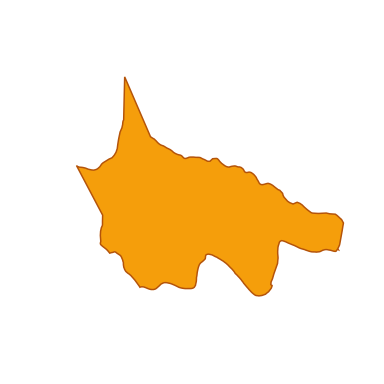 Anbre, Micoud, Saint Lucia, rotated 324°
{"feature_id": "8701671B63359836488901", "entity_name": "Anbre", "entity_type": "district", "adm_level": 2, "iso_a3": "LCA", "parent_name": "Saint Lucia", "parent_adm1": "Micoud", "projection": "equal_earth", "projection_center": [-60.927, 13.828], "detail": "fine", "context": "isolated", "style": "filled", "palette": "amber", "viewbox_px": 384, "rotation_deg": 324, "n_neighbors": 0, "source": "geoboundaries", "source_scale": "gbopen_adm2", "svg_char_len": 5604}
<svg xmlns="http://www.w3.org/2000/svg" viewBox="0 0 384 384"><g transform="rotate(324 192 192)"><path d="M195.3,317.7L198.0,316.9L199.6,316.4L200.5,315.8L201.6,315.0L201.8,314.8L201.8,314.5L201.5,314.2L201.4,313.1L202.0,312.6L202.1,312.4L203.2,311.2L206.1,309.5L210.2,306.3L219.2,300.1L220.9,298.1L222.8,296.0L223.7,294.6L225.0,292.4L226.2,290.7L226.3,290.5L227.5,289.1L228.8,287.5L230.1,286.3L231.4,285.4L232.4,284.6L233.2,284.0L234.2,283.7L234.9,283.8L235.9,284.0L236.8,284.9L237.4,285.7L238.5,287.3L239.8,289.7L241.2,292.0L242.3,293.8L243.4,295.5L244.9,298.3L245.8,300.1L246.8,301.7L248.3,303.6L249.4,305.0L249.9,305.9L250.7,307.0L251.0,307.4L251.9,308.7L252.8,309.8L253.7,310.8L254.7,311.6L255.9,312.5L257.4,313.8L258.5,314.4L259.9,315.2L260.7,315.5L261.8,315.7L262.5,315.8L263.6,316.0L264.4,316.3L265.7,316.8L266.8,317.5L267.6,318.2L268.6,319.3L269.6,320.3L270.5,321.4L271.4,322.6L272.0,323.3L272.9,324.2L273.5,324.5L274.0,324.5L274.9,324.2L276.0,323.8L276.5,324.7L276.6,324.0L276.6,323.6L277.7,323.0L278.8,322.4L279.2,322.2L280.2,321.6L281.1,320.8L285.6,316.5L288.1,314.1L290.8,311.5L293.6,308.7L296.3,306.1L296.8,302.4L295.6,296.3L294.9,294.2L290.6,290.6L288.2,287.9L281.7,283.7L277.2,280.0L276.3,278.8L274.9,274.3L274.0,270.3L273.5,267.2L272.6,264.6L271.0,262.1L266.7,261.1L264.8,258.1L263.9,255.6L263.4,250.3L263.7,248.3L264.5,246.3L264.0,242.2L263.0,240.6L262.1,237.5L261.7,236.1L261.1,233.8L260.9,233.5L260.5,232.5L260.1,231.7L259.5,230.8L259.0,230.1L258.1,229.4L257.1,229.0L255.7,228.5L253.7,227.7L253.0,227.2L252.4,226.7L252.0,226.2L251.7,225.3L251.6,224.2L251.9,222.6L252.0,221.6L252.1,220.0L252.5,217.9L252.5,216.7L252.4,215.5L252.3,214.3L252.1,213.4L251.5,211.6L251.3,211.1L250.9,210.5L250.3,209.8L249.6,209.3L248.6,208.9L247.8,208.5L247.0,207.8L246.6,207.0L246.5,206.1L246.7,204.9L246.8,204.3L246.8,203.3L246.4,201.8L246.1,200.9L245.7,200.4L245.1,199.6L244.7,199.3L244.1,198.9L243.5,198.1L242.9,197.2L242.6,196.7L242.0,196.2L241.7,195.9L240.6,195.3L239.5,194.7L238.6,194.3L237.5,193.9L236.8,193.8L235.9,193.0L235.5,192.6L234.7,191.5L234.1,190.3L233.8,189.4L233.4,188.3L233.3,187.8L232.8,186.3L232.6,184.9L232.4,183.6L232.4,181.9L232.3,181.0L232.1,180.1L231.9,179.7L231.6,179.3L231.0,178.9L229.6,178.0L228.2,177.2L227.6,177.3L226.7,177.4L225.3,177.6L224.6,177.7L224.2,177.4L223.5,176.9L222.8,176.4L222.5,175.9L222.0,174.9L221.3,173.4L220.7,172.4L220.0,171.3L219.5,170.2L218.9,169.0L218.3,168.4L217.6,167.8L216.8,167.2L215.6,166.3L214.9,165.7L213.7,164.6L212.7,163.9L211.5,163.0L210.7,162.5L209.9,162.1L208.8,161.9L207.9,161.6L206.9,161.3L206.1,160.8L205.6,160.2L205.3,159.6L205.2,158.8L205.1,158.2L205.0,157.1L204.6,155.9L204.2,155.3L203.9,154.9L203.2,154.2L202.6,153.4L201.9,152.4L201.6,151.8L200.9,150.5L200.3,148.9L200.1,147.6L199.8,146.5L199.3,145.0L198.8,144.0L198.4,143.2L197.7,142.0L197.0,140.4L196.6,139.3L195.9,137.8L195.3,137.0L194.4,135.6L193.8,134.2L193.5,133.0L193.3,132.1L193.1,130.5L193.0,129.4L192.5,126.7L192.2,126.2L191.8,125.3L191.5,124.5L190.9,122.9L205.2,59.3L179.1,93.5L177.9,94.1L176.6,95.4L175.5,96.7L174.8,97.3L173.0,98.9L169.1,101.2L163.7,106.1L159.9,109.9L156.9,113.1L155.7,113.9L153.9,115.2L150.6,116.6L147.4,117.3L144.2,116.6L137.2,116.1L135.3,116.3L132.3,117.4L129.4,117.7L127.8,117.5L125.4,116.6L123.7,115.1L121.4,112.5L120.0,110.2L118.1,108.0L116.9,106.9L115.4,105.6L114.3,103.9L114.1,102.7L106.1,158.2L102.5,162.9L100.4,165.8L99.7,166.5L97.7,167.6L95.0,170.0L92.3,173.3L89.2,178.3L87.7,179.6L87.2,180.8L87.7,183.3L88.9,187.4L89.3,189.6L89.5,192.7L89.5,193.1L91.2,193.7L92.4,194.3L92.8,194.4L93.4,194.6L94.1,194.8L94.5,195.2L94.9,195.8L95.1,196.6L95.4,197.7L95.7,198.4L96.3,200.0L96.5,200.5L96.7,201.2L96.8,201.9L96.7,202.6L96.6,203.6L96.3,204.5L96.2,205.3L95.8,206.6L95.4,207.5L95.0,208.8L94.1,210.0L93.5,211.0L93.1,211.9L92.7,212.5L92.4,213.7L92.0,215.0L91.9,215.9L91.8,216.6L91.8,217.5L92.1,218.9L92.4,220.1L92.9,221.4L93.1,222.2L93.5,223.8L93.5,224.7L93.7,226.1L93.8,227.6L93.9,228.6L94.0,229.5L94.0,231.1L94.0,233.0L94.0,234.3L94.0,235.9L94.0,236.3L94.0,237.0L93.9,238.4L94.0,238.4L95.2,238.9L96.0,239.4L97.2,240.5L98.0,241.7L98.3,242.1L98.9,243.1L99.5,244.1L99.9,244.7L100.3,245.3L100.6,245.7L101.2,246.4L101.7,246.9L102.6,247.6L103.4,248.2L104.8,248.8L105.9,249.0L106.8,249.0L108.9,248.8L111.0,248.6L111.8,248.4L112.7,248.3L113.2,248.3L114.7,248.6L115.3,248.7L115.6,248.8L116.2,249.0L117.8,250.1L118.6,250.9L119.4,251.8L120.5,253.0L121.5,254.4L122.4,255.9L123.2,257.2L124.1,258.9L124.3,259.3L125.5,261.6L126.7,263.1L127.4,263.9L129.0,265.5L130.3,266.6L131.9,267.7L133.3,268.7L134.1,269.3L135.1,269.9L135.9,270.2L136.2,270.3L136.9,270.4L137.9,270.4L138.8,270.0L139.9,269.6L140.6,268.9L141.5,268.1L142.9,266.9L144.0,265.6L145.3,263.9L146.8,262.5L148.0,261.2L148.6,260.5L150.4,258.8L152.2,257.2L153.4,256.3L154.9,255.3L156.0,254.8L157.0,254.5L158.5,254.4L159.5,254.4L161.4,254.2L163.5,253.8L164.1,253.2L165.3,251.8L166.1,251.2L167.1,251.2L167.8,251.4L168.9,252.0L170.0,253.2L171.3,254.7L172.9,258.0L173.7,259.2L174.5,261.3L175.2,262.8L176.2,265.3L176.6,266.2L177.2,268.3L177.6,269.5L178.2,272.3L178.3,273.2L178.5,274.6L178.6,275.4L179.1,278.2L179.2,279.9L179.3,281.2L179.1,283.3L179.2,283.8L179.4,284.7L179.6,285.8L179.8,287.8L180.0,289.0L180.1,290.5L180.2,291.4L180.2,293.5L180.3,294.8L180.2,296.2L180.3,297.6L180.4,299.3L180.5,300.5L180.6,301.9L180.7,302.5L180.8,304.5L181.0,305.8L181.2,307.7L181.4,308.8L181.8,310.5L182.3,312.1L182.7,313.0L183.5,313.9L184.3,314.6L185.1,315.4L185.8,315.8L186.6,316.2L187.0,316.4L187.7,316.8L189.0,317.2L191.4,317.9L192.2,317.8L193.8,317.7L195.3,317.7Z" fill="#f59e0b" stroke="#b45309" stroke-width="1.5"/></g></svg>